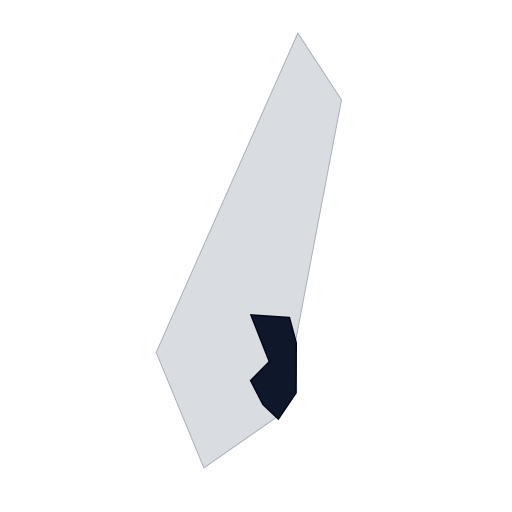 Anguilla, with North Side highlighted, rotated 137°
{"feature_id": "AIA-5119", "entity_name": "North Side", "entity_type": "District", "adm_level": 1, "iso_a3": "AIA", "parent_name": "Anguilla", "parent_adm1": "", "projection": "equal_earth", "projection_center": [-63.042, 18.253], "detail": "fine", "context": "in_parent", "style": "filled", "palette": "ink", "viewbox_px": 512, "rotation_deg": 137, "n_neighbors": 0, "source": "natural_earth", "source_scale": "10m", "svg_char_len": 411}
<svg xmlns="http://www.w3.org/2000/svg" viewBox="0 0 512 512"><g transform="rotate(137 256 256)"><path d="M394.8,253.5L73.4,390.5L87.0,311.9L344.6,123.2L438.6,136.6L394.8,253.5Z" fill="#d9dde1" stroke="#a8b0b8" stroke-width="1"/><path d="M273.5,188.2L285.8,165.0L320.0,128.6L350.9,121.5L352.2,142.6L344.9,168.6L318.3,169.7L299.9,216.4L273.5,188.2Z" fill="#0f172a" stroke="#020617" stroke-width="1.5"/></g></svg>